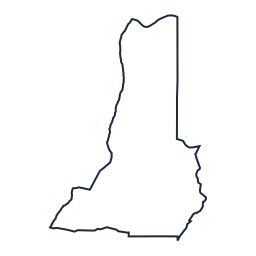 Paranavaí, Paraná, Brazil (Mercator projection)
{"feature_id": "56859067B4157250123449", "entity_name": "Paranavaí", "entity_type": "district", "adm_level": 2, "iso_a3": "BRA", "parent_name": "Brazil", "parent_adm1": "Paraná", "projection": "mercator", "projection_center": [-52.54, -22.874], "detail": "fine", "context": "isolated", "style": "outline", "palette": "slate", "viewbox_px": 256, "rotation_deg": 0, "n_neighbors": 0, "source": "geoboundaries", "source_scale": "gbopen_adm2", "svg_char_len": 2450}
<svg xmlns="http://www.w3.org/2000/svg" viewBox="0 0 256 256"><path d="M132.0,19.1L131.0,20.7L129.8,22.8L128.6,23.6L127.5,25.5L126.5,27.4L126.1,28.7L125.3,29.7L124.9,30.9L123.6,32.1L122.9,33.2L121.9,34.4L121.4,35.5L121.2,37.1L120.6,39.0L119.7,42.6L120.0,44.9L120.1,46.2L120.3,48.3L120.3,51.1L120.0,53.1L120.2,55.0L120.5,57.2L120.8,58.8L121.2,60.2L121.0,61.5L121.6,62.9L122.4,64.3L122.6,66.4L123.0,68.7L123.1,71.1L123.6,73.1L123.4,75.4L123.8,77.0L123.7,79.4L123.7,82.7L123.1,84.0L123.0,85.4L122.9,87.3L122.3,90.1L120.6,92.4L120.0,94.3L119.4,98.0L119.1,99.8L117.9,101.8L117.4,103.6L116.6,104.8L115.7,107.9L115.7,109.3L115.8,111.1L115.0,113.2L114.9,115.1L114.2,116.7L113.1,117.9L112.9,119.2L112.6,120.3L111.4,123.5L110.5,125.1L110.1,127.7L109.3,129.2L110.0,131.2L109.9,132.7L109.1,135.1L108.8,137.3L108.2,138.7L107.9,140.5L107.0,142.4L107.7,145.4L109.0,149.2L110.1,151.3L111.6,152.8L111.6,157.5L110.2,162.4L103.5,168.1L101.7,169.5L99.8,171.0L90.8,188.0L89.9,189.7L78.9,187.3L76.2,188.1L74.6,188.1L73.2,188.1L72.4,189.4L71.7,193.1L72.1,194.9L71.7,197.2L71.7,198.6L71.0,199.9L69.2,201.4L68.0,203.3L66.7,203.8L65.6,205.0L64.5,205.6L63.3,205.8L62.8,207.0L61.5,208.3L60.5,210.2L57.5,214.0L56.4,216.0L55.6,218.5L53.9,220.7L52.0,223.7L51.6,225.1L50.7,226.4L50.0,227.5L52.5,228.2L53.6,228.3L56.4,228.0L58.1,228.1L66.8,229.7L74.6,231.6L77.7,230.2L84.5,230.4L88.6,230.5L90.3,230.5L94.3,230.5L95.5,230.2L97.1,229.1L98.5,228.9L100.1,229.3L101.4,229.1L106.8,227.2L116.5,229.7L118.1,231.2L127.1,232.6L128.7,232.5L128.7,236.4L137.0,236.4L146.8,236.4L152.7,236.3L177.5,236.4L177.6,240.6L180.2,235.6L186.4,227.8L187.2,224.2L190.8,221.2L189.2,220.5L190.0,219.2L193.6,213.8L195.4,213.1L197.3,212.6L198.6,211.8L200.3,210.8L202.4,207.3L202.9,206.0L202.8,204.6L203.0,201.9L204.2,201.5L205.1,200.5L206.0,199.0L205.9,197.2L204.1,195.9L203.1,194.8L201.7,194.0L200.3,192.6L199.9,190.5L200.8,184.3L198.3,182.6L197.6,178.1L196.4,176.3L196.2,174.2L197.7,170.3L199.5,169.3L200.0,167.9L196.8,159.1L195.3,154.0L196.3,152.8L196.9,151.4L199.5,146.1L192.2,147.5L189.0,147.4L187.4,146.5L186.1,145.5L184.8,143.8L183.1,141.0L180.5,140.0L176.9,139.0L177.0,115.3L177.0,98.3L177.5,81.2L177.5,75.6L177.4,18.7L177.4,17.0L175.4,16.2L172.9,15.5L171.1,15.4L170.0,15.5L168.2,15.5L165.7,16.5L164.3,17.0L159.5,19.2L157.2,20.7L155.1,22.6L150.7,25.4L148.7,26.4L147.4,26.9L145.5,26.9L144.3,26.6L142.3,25.3L138.8,21.7L137.7,20.8L135.5,19.9L132.0,19.1Z" fill="none" stroke="#1e293b" stroke-width="2"/></svg>